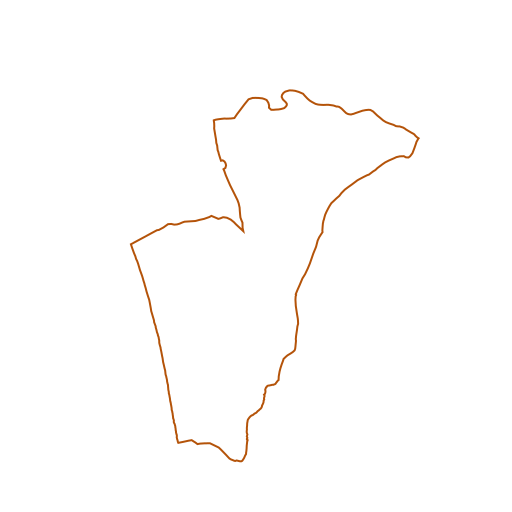 Tivaoune, Thiès, Senegal (Albers equal-area conic projection), rotated 309°
{"feature_id": "50182788B62483410284412", "entity_name": "Tivaoune", "entity_type": "district", "adm_level": 2, "iso_a3": "SEN", "parent_name": "Senegal", "parent_adm1": "Thiès", "projection": "albers", "projection_center": [-16.699, 15.086], "detail": "fine", "context": "isolated", "style": "outline", "palette": "amber", "viewbox_px": 512, "rotation_deg": 309, "n_neighbors": 0, "source": "geoboundaries", "source_scale": "gbopen_adm2", "svg_char_len": 6018}
<svg xmlns="http://www.w3.org/2000/svg" viewBox="0 0 512 512"><g transform="rotate(309 256 256)"><path d="M362.8,283.2L363.6,283.3L367.6,284.3L371.9,285.5L378.7,287.2L380.7,288.0L385.4,290.0L388.9,291.6L390.2,292.5L395.5,293.8L398.0,294.7L400.7,295.0L406.7,296.5L410.1,297.5L413.9,299.2L418.7,301.7L421.2,302.9L424.0,305.1L426.6,308.1L427.0,310.4L428.5,312.5L430.5,313.0L434.3,312.9L439.5,311.2L443.4,309.8L445.7,308.9L449.3,308.3L449.8,308.3L449.6,306.6L449.8,304.0L450.1,302.8L450.1,301.7L449.6,299.0L448.7,292.9L448.7,291.5L448.4,289.5L447.7,287.7L447.1,286.1L445.9,284.5L445.0,283.0L444.5,280.4L442.9,276.2L441.8,272.7L441.4,269.5L441.5,265.5L441.5,261.8L442.0,256.0L441.5,253.0L440.4,251.4L438.4,249.4L435.9,247.3L434.3,246.3L430.0,243.6L427.8,242.3L426.8,241.5L425.8,240.8L424.7,239.1L424.1,237.7L423.8,236.0L424.0,233.6L424.3,230.9L424.4,229.6L424.2,226.8L423.5,225.3L422.8,224.5L421.8,221.7L421.2,220.6L420.4,219.3L419.2,217.3L418.0,215.8L415.8,213.3L414.2,211.1L412.8,209.0L411.7,206.6L411.3,204.6L410.9,202.4L410.6,200.0L410.7,197.1L410.9,195.5L411.3,192.6L411.7,190.5L411.0,188.0L410.4,185.9L409.0,182.5L407.6,180.2L405.8,177.8L402.2,175.3L399.9,174.7L397.5,174.9L395.8,175.8L394.6,178.3L394.2,182.5L393.7,184.1L392.8,184.9L391.3,185.2L388.8,184.9L387.7,184.2L385.9,182.9L384.1,181.3L382.1,179.1L380.7,177.7L379.2,175.8L379.4,172.8L381.3,171.4L382.9,169.1L383.9,166.1L383.3,163.8L382.5,161.7L380.2,158.2L378.4,155.9L376.7,153.9L373.1,151.6L366.6,151.6L357.9,151.9L354.3,152.0L349.6,152.4L347.1,150.0L344.3,146.8L342.9,144.9L340.8,142.8L338.4,140.5L336.7,139.0L334.9,137.8L334.5,138.1L334.1,138.6L332.8,140.0L332.2,140.5L330.6,141.9L328.8,143.2L323.3,149.4L321.3,151.7L318.9,154.0L317.4,156.3L315.9,157.8L314.1,159.6L313.2,161.2L311.9,162.9L310.3,165.3L309.3,166.8L308.0,168.9L309.4,169.9L309.6,172.1L309.2,173.1L308.9,174.0L307.6,175.7L305.2,176.8L303.0,176.1L302.1,177.9L299.8,181.6L297.3,186.3L294.7,191.3L291.7,197.9L289.5,202.7L287.8,206.4L286.0,209.4L283.3,212.8L280.8,215.1L278.2,217.6L276.1,219.7L274.6,222.2L273.4,224.5L269.4,227.9L267.3,230.5L268.0,220.6L268.4,217.5L268.4,213.5L267.4,209.3L265.9,206.7L265.4,206.0L262.7,204.5L261.1,203.3L260.8,202.0L259.1,196.1L256.9,195.2L252.2,192.3L248.3,189.2L245.9,187.5L245.0,186.8L237.7,178.9L235.8,177.7L232.9,176.2L230.8,174.7L228.9,172.7L227.6,170.0L225.4,167.6L219.9,166.1L215.1,164.1L213.7,162.8L206.8,159.9L200.0,157.1L193.1,154.2L186.4,151.4L183.8,155.5L181.4,159.5L179.8,162.5L178.3,164.6L177.3,166.8L175.9,169.1L173.5,172.6L172.1,174.6L170.5,177.3L168.8,180.1L167.3,182.3L166.2,183.8L164.3,186.7L163.5,187.7L161.6,190.5L159.5,193.3L157.9,195.7L156.7,197.5L154.8,200.5L152.8,202.9L151.0,205.0L149.2,207.1L147.2,209.3L146.2,210.8L143.7,214.4L142.0,216.9L141.4,217.6L140.5,218.4L138.2,222.3L137.4,223.0L135.8,225.3L134.5,226.9L133.3,229.0L132.6,229.7L131.7,231.3L130.6,232.5L129.5,233.9L127.6,235.5L126.3,237.2L124.8,239.4L124.0,240.2L121.9,242.8L119.0,246.2L117.8,247.7L115.1,250.6L113.5,252.7L111.2,255.6L109.9,257.4L107.6,259.7L107.3,260.0L106.6,260.9L106.0,261.9L105.3,262.7L104.7,263.5L104.0,264.4L103.2,265.3L102.4,266.0L101.9,266.7L101.0,267.8L100.6,268.5L99.8,269.3L98.9,270.1L98.1,270.9L97.1,271.8L96.4,272.6L95.8,273.4L95.1,274.1L94.4,274.7L93.6,275.9L92.9,276.7L92.2,277.5L91.7,278.1L91.1,278.8L90.2,279.7L89.5,280.4L88.8,281.4L88.7,281.4L88.6,281.6L88.3,282.0L87.8,282.6L87.1,283.3L86.5,284.1L85.7,285.0L85.1,285.7L84.3,286.5L83.5,287.2L82.9,288.0L82.4,288.8L81.8,289.4L81.3,290.1L80.8,290.6L80.1,291.3L79.5,292.0L78.9,292.6L78.3,293.2L77.6,293.9L77.3,294.6L76.9,295.1L76.5,295.7L75.8,296.2L75.3,296.5L74.8,297.2L74.5,297.9L74.2,298.6L73.5,299.5L73.2,300.0L72.7,300.6L72.0,301.2L71.6,301.8L70.9,302.4L70.4,303.0L69.9,303.4L69.5,304.1L68.9,304.5L68.2,305.3L68.0,305.7L67.5,306.2L67.3,306.7L67.1,307.0L66.7,307.4L66.0,308.0L65.2,308.5L64.6,309.3L64.0,310.0L63.5,310.9L63.0,311.5L62.6,312.0L62.2,312.6L61.9,313.2L65.5,316.2L70.0,319.8L72.4,321.9L72.8,325.6L72.9,325.9L73.0,328.9L75.0,330.6L78.3,334.2L81.5,338.1L83.7,347.6L83.5,350.3L83.0,354.6L82.6,357.9L82.2,360.6L81.9,362.8L82.2,364.8L82.5,365.6L82.9,366.9L83.2,368.0L83.7,368.9L84.9,369.6L86.3,372.6L87.1,373.7L88.2,374.2L90.5,374.0L91.8,373.8L93.5,373.3L94.3,373.1L95.8,372.9L96.9,372.1L98.3,371.3L100.4,369.9L102.7,368.2L106.9,365.5L107.2,365.6L107.7,365.3L107.8,364.3L108.3,363.9L109.1,363.8L109.4,363.5L110.0,362.4L111.0,362.0L111.9,361.6L112.6,360.4L113.4,359.5L114.4,358.8L115.5,358.1L116.5,357.2L117.8,356.3L118.9,355.6L119.9,354.8L121.0,354.1L121.8,353.7L122.8,353.1L123.7,352.7L124.8,352.6L126.5,352.5L127.9,352.6L129.3,352.9L130.1,353.5L131.2,353.8L132.6,354.0L133.7,354.6L134.8,354.9L136.4,354.9L137.7,355.3L139.0,355.4L140.3,355.7L141.2,355.7L142.6,355.4L143.6,354.8L144.7,354.6L145.9,354.3L147.0,353.9L147.8,353.4L148.5,352.9L149.6,352.7L150.3,351.9L151.1,351.4L152.2,351.0L152.8,350.6L153.3,349.5L154.4,349.7L155.0,349.5L155.7,349.2L156.2,348.9L157.1,348.3L157.4,347.8L158.0,347.2L159.0,346.9L160.2,346.5L160.9,346.7L162.2,346.6L162.7,346.9L163.2,347.3L163.8,347.9L164.7,348.6L165.4,349.2L166.1,349.6L166.9,350.6L167.6,350.9L168.1,351.3L169.0,351.6L169.6,351.5L170.4,351.4L171.0,351.5L171.5,351.4L172.8,351.4L173.8,351.6L176.8,349.4L181.1,347.0L184.2,345.6L187.8,344.2L191.4,343.0L193.4,342.2L194.8,342.4L196.4,342.6L198.6,343.0L201.9,344.2L204.4,345.0L206.9,345.4L208.6,344.8L210.5,343.6L212.0,342.6L215.2,340.5L216.6,339.1L217.3,338.7L218.7,337.7L220.7,336.5L224.3,334.4L227.3,332.5L229.8,331.4L232.3,329.2L233.9,327.6L235.9,325.3L237.5,323.5L242.2,318.4L246.8,314.2L249.6,312.2L251.0,311.7L251.2,311.0L251.4,310.9L255.7,309.6L260.9,308.2L267.8,306.2L272.7,305.6L278.9,304.1L284.0,302.6L289.8,300.5L293.9,299.0L300.6,297.0L301.8,296.5L306.8,294.2L310.4,293.3L314.1,292.9L316.4,292.7L317.6,291.5L320.6,289.4L323.4,287.5L324.8,286.8L325.4,286.4L327.1,285.8L329.0,284.9L331.6,283.8L334.5,283.0L336.8,282.5L339.3,282.0L341.7,281.6L344.5,281.3L347.9,281.8L351.2,282.2L355.1,282.9L358.6,282.8L360.7,283.0L362.8,283.2Z" fill="none" stroke="#b45309" stroke-width="2"/></g></svg>